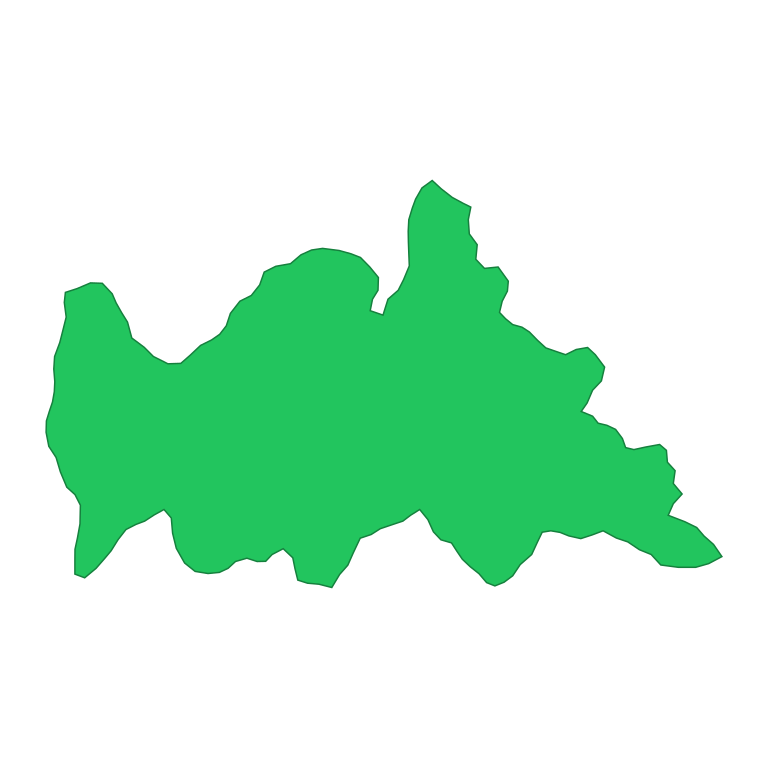 outline of Santana da Vargem, Minas Gerais, Brazil
{"feature_id": "56859067B34878653827623", "entity_name": "Santana da Vargem", "entity_type": "district", "adm_level": 2, "iso_a3": "BRA", "parent_name": "Brazil", "parent_adm1": "Minas Gerais", "projection": "robinson", "projection_center": [-45.501, -21.259], "detail": "fine", "context": "isolated", "style": "filled", "palette": "green", "viewbox_px": 768, "rotation_deg": 0, "n_neighbors": 0, "source": "geoboundaries", "source_scale": "gbopen_adm2", "svg_char_len": 2431}
<svg xmlns="http://www.w3.org/2000/svg" viewBox="0 0 768 768"><path d="M65.4,292.4L64.3,302.5L66.2,317.1L63.0,329.9L59.8,342.5L54.6,356.5L53.8,369.1L54.8,381.7L54.3,391.8L52.5,402.0L49.3,411.5L46.4,420.9L46.1,432.3L48.8,446.3L56.1,457.5L60.4,471.9L66.8,487.2L75.0,494.6L80.4,505.2L80.0,523.9L77.4,538.2L75.0,549.3L74.9,560.3L74.9,574.1L84.7,577.8L96.1,568.3L104.9,558.2L111.1,550.8L118.1,539.6L126.0,529.5L136.0,524.4L144.7,521.1L154.2,514.9L164.0,509.5L171.3,518.0L172.6,533.2L176.3,548.3L184.6,563.0L195.1,571.4L208.0,573.5L219.4,572.4L228.1,568.3L235.5,561.5L246.9,558.2L257.1,561.5L265.7,561.3L272.1,554.5L283.2,548.7L292.8,557.8L295.0,568.7L297.8,580.1L307.5,583.2L318.9,584.2L331.8,587.5L339.6,574.5L347.8,565.2L353.2,553.0L360.2,538.2L371.2,534.5L380.3,528.7L393.0,524.4L402.9,521.1L410.5,515.3L419.7,509.5L427.9,519.6L433.4,531.8L440.9,539.8L451.5,542.9L457.0,551.4L462.3,559.2L470.2,566.7L479.0,573.7L486.6,582.6L494.9,585.9L504.1,582.2L512.7,575.8L520.2,564.6L531.7,554.5L537.6,541.7L542.2,532.2L550.8,530.8L560.1,532.4L568.8,535.9L580.8,538.6L592.2,534.9L603.1,530.8L616.3,538.0L627.8,541.9L639.4,549.7L651.2,554.5L660.8,565.0L678.3,567.3L695.7,567.3L708.7,563.6L721.9,556.6L713.5,544.4L704.1,536.1L696.7,527.5L684.8,521.7L668.2,515.3L673.3,503.7L682.1,494.0L673.3,483.5L675.1,470.7L667.4,462.2L666.4,450.3L659.6,444.5L645.8,447.0L633.9,449.6L625.6,447.6L622.4,438.5L615.6,429.4L606.9,425.3L598.1,423.2L592.6,416.2L581.2,411.5L587.1,403.0L592.6,390.2L601.4,380.9L604.6,367.1L595.3,354.7L587.6,347.5L576.2,349.5L565.6,354.7L556.5,351.6L545.8,347.9L537.6,340.4L529.4,332.0L522.0,327.2L512.7,324.6L505.6,318.8L499.5,312.4L502.2,301.2L507.4,291.1L508.3,281.2L498.1,267.0L484.5,268.4L475.8,259.3L477.2,244.7L469.3,233.9L468.3,219.7L470.8,207.1L462.9,203.2L452.2,197.4L441.3,188.9L432.2,180.5L422.0,187.9L415.6,199.1L412.3,208.1L408.8,219.7L408.2,231.3L408.4,242.0L408.8,253.1L409.3,265.9L403.6,279.6L398.2,290.3L388.0,299.2L383.0,315.1L370.2,310.7L372.5,299.2L378.0,290.3L378.4,277.5L369.8,267.0L360.5,257.5L351.0,253.8L339.1,250.5L322.6,248.4L311.6,250.0L301.0,254.8L290.5,263.7L275.8,266.3L264.2,272.1L259.7,284.9L251.3,295.5L239.9,301.2L230.4,313.4L226.3,325.8L219.7,334.3L211.5,340.0L200.6,345.4L190.1,355.3L180.8,363.4L167.9,363.8L153.4,356.5L144.2,347.3L131.8,338.0L127.5,322.1L121.6,312.6L116.1,302.9L112.2,293.8L102.3,283.3L90.5,282.9L77.1,288.6L65.4,292.4Z" fill="#22c55e" stroke="#15803d" stroke-width="1.5"/></svg>